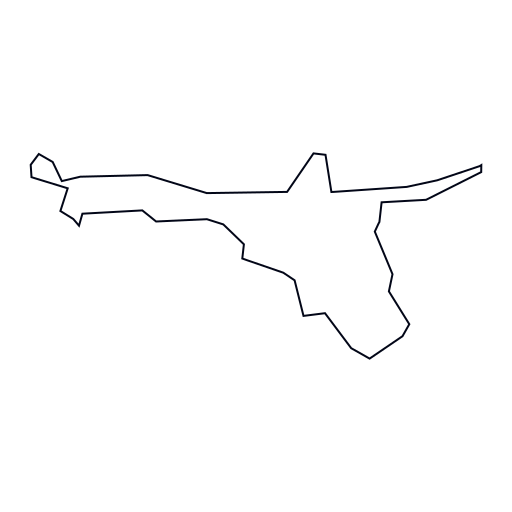 outline of Hagåtña, Guam
{"feature_id": "77769853B92026365900832", "entity_name": "Hagåtña", "entity_type": "district", "adm_level": 2, "iso_a3": "GUM", "parent_name": "Guam", "parent_adm1": "", "projection": "mercator", "projection_center": [144.749, 13.472], "detail": "fine", "context": "isolated", "style": "outline", "palette": "ink", "viewbox_px": 512, "rotation_deg": 0, "n_neighbors": 0, "source": "geoboundaries", "source_scale": "gbopen_adm2", "svg_char_len": 668}
<svg xmlns="http://www.w3.org/2000/svg" viewBox="0 0 512 512"><path d="M481.3,165.1L479.7,166.1L437.2,180.3L406.7,186.9L333.6,191.9L331.4,192.0L325.5,154.8L313.5,153.4L287.1,191.9L206.8,193.1L147.6,175.1L80.3,176.7L61.8,181.1L52.7,162.0L38.8,154.0L30.7,164.8L31.5,177.2L67.7,188.3L60.4,211.0L73.3,219.0L79.0,225.7L82.4,213.7L142.3,210.4L156.1,221.5L206.9,219.2L223.3,224.4L243.9,244.3L242.3,258.5L247.3,260.3L283.3,272.7L294.6,280.3L303.5,315.9L325.0,313.2L351.2,348.2L369.6,358.6L402.5,336.2L409.3,324.2L388.9,291.4L392.5,274.2L374.8,231.6L378.6,223.4L379.4,222.0L381.6,202.3L426.1,199.8L481.2,172.1L481.3,165.1Z" fill="none" stroke="#020617" stroke-width="2"/></svg>